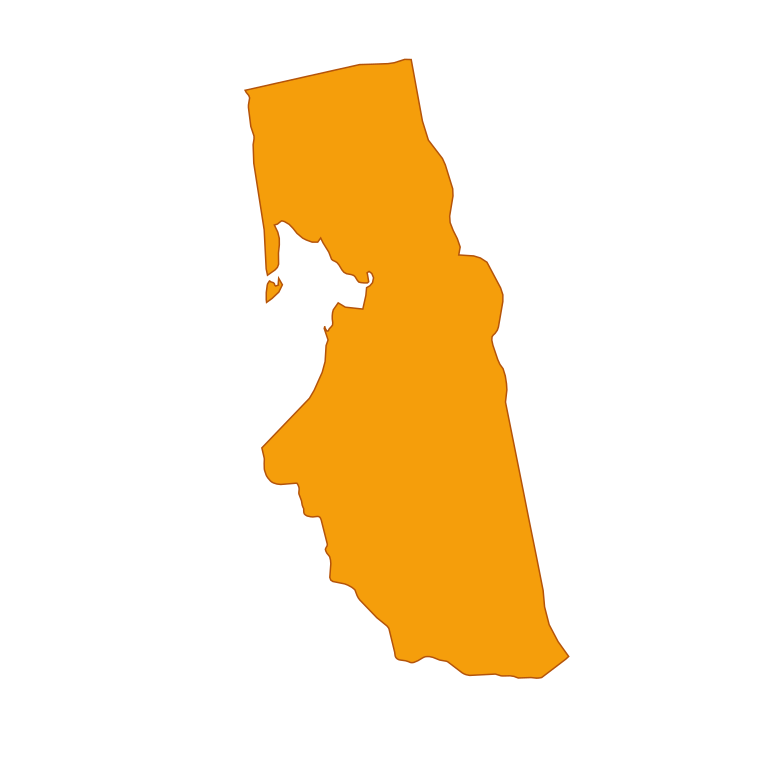 the Province of Maputo, rotated 169°
{"feature_id": "MOZ-1927", "entity_name": "Maputo", "entity_type": "Province", "adm_level": 1, "iso_a3": "MOZ", "parent_name": "Mozambique", "parent_adm1": "", "projection": "mercator", "projection_center": [32.628, -25.536], "detail": "fine", "context": "isolated", "style": "filled", "palette": "amber", "viewbox_px": 768, "rotation_deg": 169, "n_neighbors": 0, "source": "natural_earth", "source_scale": "10m", "svg_char_len": 3271}
<svg xmlns="http://www.w3.org/2000/svg" viewBox="0 0 768 768"><g transform="rotate(169 384 384)"><path d="M295.4,697.3L296.1,634.8L293.9,614.9L283.6,594.2L282.0,587.4L279.3,562.5L280.4,555.4L287.5,536.3L288.3,529.9L286.8,521.5L284.3,512.6L283.1,503.9L286.0,496.4L271.5,492.6L265.3,489.3L259.7,483.9L251.2,456.1L250.3,448.9L251.6,442.3L260.8,418.1L262.5,415.2L265.3,412.5L267.4,411.2L268.9,409.8L269.8,406.5L269.7,401.3L267.7,386.3L266.5,381.2L264.2,376.3L263.4,368.8L263.7,360.9L264.5,354.8L268.2,343.1L267.9,291.0L267.7,252.9L267.6,224.4L267.3,184.2L267.2,150.9L268.9,134.6L267.8,116.2L262.3,97.9L254.7,81.3L258.1,79.2L285.2,65.8L286.8,65.8L288.5,65.9L290.5,66.2L295.7,67.8L308.3,69.8L311.0,71.4L312.0,72.1L315.9,73.5L322.9,74.7L324.8,75.2L330.0,78.0L355.5,81.6L358.9,83.0L360.9,84.3L362.6,85.8L374.3,99.0L375.5,99.9L382.0,102.4L388.1,106.3L391.3,107.7L393.5,108.2L395.4,108.4L396.9,108.2L398.3,107.8L403.5,105.9L407.9,105.0L409.7,105.1L411.0,105.5L412.0,106.1L413.0,106.8L415.6,108.2L421.1,110.1L422.3,110.7L423.6,111.8L424.4,113.0L424.8,114.1L424.9,115.2L424.7,118.8L425.8,142.4L426.1,143.7L426.7,144.9L427.3,146.0L435.6,155.9L448.9,176.5L450.0,178.8L450.8,181.5L451.8,187.4L452.9,188.9L454.5,190.7L457.9,193.5L460.8,195.3L471.9,199.9L473.7,201.7L474.1,204.5L470.5,217.7L470.1,221.3L470.3,224.9L472.4,228.9L473.0,231.2L473.1,232.9L472.5,233.9L471.8,234.8L471.0,235.6L470.5,236.6L470.2,237.6L471.6,262.8L472.2,265.2L473.2,266.2L474.5,266.7L479.3,267.1L481.4,267.7L484.6,269.1L486.1,270.4L487.0,271.7L487.2,273.1L486.9,275.7L486.6,276.7L486.8,277.6L487.1,278.7L487.4,280.9L487.3,285.1L488.5,292.4L488.3,293.7L487.4,296.8L487.3,297.6L487.2,298.7L487.6,301.0L488.3,303.1L489.2,303.4L504.6,305.1L508.3,306.3L511.4,308.0L512.9,309.2L513.9,310.4L515.8,313.7L516.8,316.1L517.1,317.4L517.7,321.9L517.7,323.4L516.8,328.8L515.9,332.6L515.7,334.0L516.1,344.6L459.9,384.2L453.8,391.1L442.4,407.3L437.5,417.3L433.5,432.8L430.5,437.9L432.1,449.9L431.1,452.0L431.2,450.6L430.8,448.9L429.9,446.8L428.6,446.8L427.1,448.7L425.1,450.1L423.3,451.6L422.6,454.1L422.4,457.6L421.8,460.8L420.9,463.8L419.6,466.5L413.5,472.4L407.3,466.8L390.5,461.6L384.9,474.4L382.7,481.9L379.1,483.1L375.9,485.7L374.0,490.3L374.9,494.8L377.2,497.4L379.5,496.3L379.3,495.1L379.5,487.3L381.0,486.4L384.2,487.0L387.5,488.0L389.3,488.9L390.4,490.8L391.9,494.8L393.0,496.3L395.1,497.6L399.7,499.4L402.0,501.3L403.5,504.0L405.5,509.5L407.0,512.2L408.9,513.9L410.6,515.1L411.7,516.5L413.0,523.9L416.9,534.2L418.3,539.4L422.0,535.9L427.5,537.0L432.8,540.2L436.0,542.7L440.7,548.5L443.5,554.0L446.6,558.8L450.8,562.5L453.3,563.7L455.5,562.7L458.1,561.3L461.3,561.0L459.3,553.3L459.0,547.0L460.2,540.5L462.6,532.8L464.6,521.7L466.4,518.8L469.1,516.8L477.6,513.0L477.7,519.5L472.2,558.2L469.7,625.6L466.8,643.9L464.8,649.4L464.3,652.2L465.6,662.2L464.3,681.4L463.8,683.8L461.3,690.5L461.7,693.0L463.6,696.5L464.3,698.8L430.8,699.8L400.3,700.7L372.3,701.5L347.0,702.2L334.8,700.2L319.0,697.7L312.7,697.4L301.7,698.7L295.4,697.3ZM467.2,507.9L464.8,500.8L469.7,494.3L477.6,489.3L483.7,486.5L483.5,489.2L482.1,496.3L479.8,503.2L479.1,504.6L477.0,506.8L476.5,507.0L475.8,506.0L473.3,504.6L472.5,503.5L472.4,501.9L471.6,500.8L468.7,501.3L468.8,502.3L467.2,507.9Z" fill="#f59e0b" stroke="#b45309" stroke-width="1.5"/></g></svg>